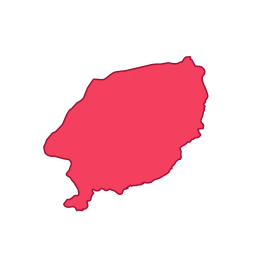 Upper Takutu-Upper Essequibo, Albers equal-area conic projection, rotated 237°
{"feature_id": "GUY-674", "entity_name": "Upper Takutu-Upper Essequibo", "entity_type": "Region", "adm_level": 1, "iso_a3": "GUY", "parent_name": "Guyana", "parent_adm1": "", "projection": "albers", "projection_center": [-59.289, 2.847], "detail": "fine", "context": "isolated", "style": "filled", "palette": "rose", "viewbox_px": 256, "rotation_deg": 237, "n_neighbors": 0, "source": "natural_earth", "source_scale": "10m", "svg_char_len": 4107}
<svg xmlns="http://www.w3.org/2000/svg" viewBox="0 0 256 256"><g transform="rotate(237 128 128)"><path d="M92.1,63.6L91.7,63.3L91.8,61.9L91.5,61.5L91.2,61.2L90.4,59.8L88.4,57.9L87.9,57.1L88.0,55.7L88.7,54.7L88.8,53.9L87.6,53.0L85.2,52.2L84.2,51.5L83.5,50.0L83.4,49.3L83.4,48.8L83.6,47.8L83.7,47.5L84.2,46.8L84.3,46.4L84.2,46.1L83.6,45.4L83.5,45.1L84.2,44.1L86.1,42.0L86.5,40.7L86.5,40.3L87.2,40.1L89.3,40.4L90.4,40.2L91.0,40.0L91.5,39.7L91.8,39.3L92.1,38.9L93.9,35.1L94.3,34.6L94.9,33.9L95.4,33.5L95.8,33.1L96.3,32.9L96.7,32.7L97.9,32.4L99.2,32.8L99.6,33.8L99.9,34.7L100.7,36.7L101.0,37.6L101.0,38.3L100.7,38.7L100.4,39.1L100.1,39.9L99.8,41.0L99.9,43.5L100.3,45.9L100.3,46.5L100.1,47.0L99.4,47.8L99.1,48.3L98.8,49.0L98.8,49.6L99.0,50.1L99.4,50.7L99.8,51.0L100.3,51.3L102.2,52.2L103.0,52.5L103.9,52.8L111.6,53.0L115.0,52.5L115.8,52.5L117.1,52.7L117.4,52.7L117.9,52.6L118.3,52.4L120.8,51.2L121.3,51.0L121.6,50.9L122.0,50.9L122.3,51.0L122.8,51.1L123.0,51.4L123.2,51.6L123.8,53.0L124.1,54.4L124.3,55.0L124.6,55.6L128.5,60.7L129.0,61.1L129.5,61.4L130.3,61.7L132.2,61.7L132.8,61.6L133.1,61.5L133.4,61.3L134.3,60.6L135.9,58.9L137.0,57.6L144.7,50.7L145.0,50.3L146.1,48.4L147.0,47.3L147.8,46.7L149.0,45.9L150.5,45.3L151.0,45.1L151.9,45.0L152.3,45.0L152.8,45.1L153.7,45.3L155.4,46.0L158.1,47.2L158.9,48.8L162.4,53.6L164.8,61.6L164.8,62.1L164.8,62.9L164.3,64.5L164.4,65.3L164.5,66.3L166.3,73.7L166.7,74.9L167.2,75.9L172.5,83.8L174.4,87.6L174.7,88.4L174.9,89.7L174.8,91.0L176.8,98.7L176.8,99.8L176.6,102.4L176.7,104.0L177.0,105.7L177.6,107.4L183.7,116.1L187.3,124.6L187.5,125.8L187.3,126.2L182.8,132.3L181.9,134.0L181.8,134.4L181.7,135.2L181.7,136.1L182.3,143.5L182.3,145.2L182.2,146.4L181.9,147.5L181.2,149.4L177.3,157.1L168.1,182.7L166.0,186.7L163.7,190.3L160.8,197.1L160.1,198.0L157.6,200.5L155.6,203.5L155.1,204.8L154.6,208.2L154.0,209.1L154.4,210.3L155.4,212.5L155.8,213.7L155.9,215.1L155.5,216.1L153.7,219.0L153.2,219.0L152.7,218.7L152.3,218.5L152.3,218.4L152.1,218.2L151.8,218.0L151.5,217.8L151.2,217.9L150.5,218.5L150.1,218.6L144.3,218.1L143.4,218.2L142.7,218.7L141.1,221.0L140.2,222.0L139.1,222.8L137.7,223.3L136.6,223.6L135.5,223.6L134.5,223.5L133.3,223.0L131.9,221.8L131.4,220.6L131.1,219.4L130.2,218.0L129.1,217.1L127.9,216.5L127.6,216.4L125.3,215.5L115.7,213.8L112.0,212.6L111.0,212.1L110.3,211.1L109.1,208.3L108.6,207.7L107.5,207.1L107.3,206.1L107.2,205.0L106.5,204.2L106.0,204.1L104.8,204.4L104.1,204.2L103.9,204.0L103.5,203.1L103.3,202.7L103.0,202.6L102.3,202.5L102.0,202.4L101.5,201.8L100.3,199.8L99.8,199.2L98.0,197.7L97.0,196.5L95.4,193.9L94.2,192.9L93.0,192.5L92.0,192.6L91.0,192.9L89.8,193.0L89.2,192.8L88.6,192.5L88.1,192.1L86.8,190.8L86.7,190.3L87.6,189.0L88.8,186.7L88.8,186.0L88.6,185.9L88.3,186.0L87.5,185.8L85.4,185.0L84.7,185.0L83.5,185.4L82.8,185.3L82.3,184.7L82.0,183.5L82.0,182.3L82.0,181.4L82.2,180.7L82.9,179.6L83.2,179.0L83.2,178.5L83.1,176.9L83.2,176.5L83.5,175.5L83.6,175.0L83.4,174.4L82.7,173.2L82.7,172.4L82.8,171.8L83.5,170.8L83.7,170.3L83.6,169.7L83.1,167.9L83.1,165.8L83.4,163.6L83.3,161.6L82.1,160.2L81.6,160.1L80.4,160.0L79.9,159.9L79.2,159.6L77.4,158.0L75.1,156.9L74.0,156.1L73.4,155.0L73.5,154.5L74.1,153.5L74.1,152.9L74.0,152.2L73.9,151.0L73.8,150.4L72.2,146.6L71.9,145.5L72.0,144.8L71.9,144.4L71.4,143.4L71.2,143.2L70.4,142.9L70.1,142.7L70.5,141.8L70.5,141.5L68.7,137.9L68.5,136.8L68.8,127.4L70.0,122.7L70.2,121.5L70.0,118.2L70.3,116.7L70.8,115.4L72.4,112.9L72.7,112.6L73.0,112.5L73.4,112.3L73.6,111.9L73.5,111.5L73.1,110.9L73.0,110.6L73.2,110.4L73.9,110.3L74.1,110.1L73.9,109.7L73.4,109.2L73.3,108.8L73.3,108.0L73.6,107.6L74.0,107.2L74.4,106.7L75.2,104.1L75.4,103.5L76.9,101.1L77.5,99.1L78.1,99.0L78.5,98.9L78.7,98.7L78.8,98.3L78.4,97.5L78.4,97.1L78.6,94.4L77.6,94.7L77.8,93.7L78.8,91.3L78.3,89.9L77.3,88.7L76.4,87.4L76.4,85.7L77.8,84.1L82.6,82.5L84.7,80.5L86.0,79.9L86.5,79.5L86.9,78.8L86.9,78.3L86.8,77.8L86.9,77.1L87.4,75.7L88.1,74.9L90.4,73.9L91.6,73.0L91.8,72.2L91.5,71.3L91.3,70.0L91.7,68.8L92.5,67.4L93.6,66.4L94.7,65.9L95.2,65.8L95.6,65.6L95.6,65.1L95.5,64.6L95.1,64.1L94.4,63.8L92.6,63.5L92.1,63.6Z" fill="#f43f5e" stroke="#9f1239" stroke-width="1.5"/></g></svg>